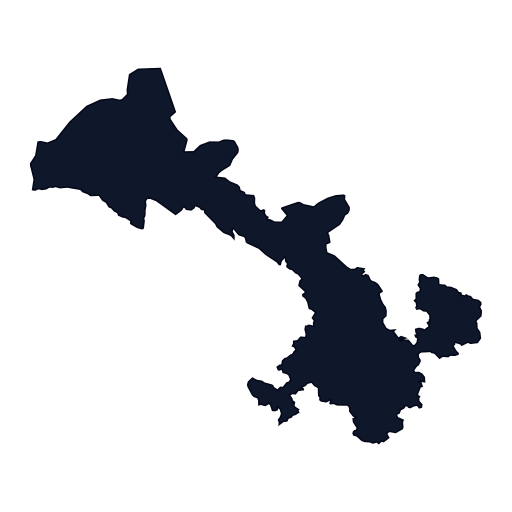 map outline of Gansu (Albers equal-area conic projection)
{"feature_id": "CHN-1150", "entity_name": "Gansu", "entity_type": "Province", "adm_level": 1, "iso_a3": "CHN", "parent_name": "China", "parent_adm1": "", "projection": "albers", "projection_center": [103.309, 37.691], "detail": "fine", "context": "isolated", "style": "filled", "palette": "ink", "viewbox_px": 512, "rotation_deg": 0, "n_neighbors": 0, "source": "natural_earth", "source_scale": "10m", "svg_char_len": 6099}
<svg xmlns="http://www.w3.org/2000/svg" viewBox="0 0 512 512"><path d="M138.2,69.3L160.3,68.5L175.3,111.9L170.0,116.5L169.8,119.0L177.1,130.1L186.8,138.9L186.9,140.3L183.7,152.0L193.8,151.8L200.3,145.6L209.6,142.1L218.9,142.2L223.6,140.3L226.4,140.1L233.1,140.8L234.5,141.8L237.8,147.8L238.1,150.4L237.6,152.5L232.3,159.2L229.7,165.3L221.4,170.5L218.7,172.8L215.7,177.2L224.9,178.2L229.3,181.8L237.4,185.2L239.2,187.2L240.0,190.6L244.3,192.5L245.1,194.9L253.6,195.7L254.5,197.9L254.4,203.2L255.2,206.1L260.0,210.6L261.6,210.9L263.2,209.9L264.5,210.4L264.3,213.2L265.9,216.1L267.9,217.3L267.1,218.8L267.4,219.5L270.0,219.9L274.7,222.2L281.8,222.3L287.5,215.5L281.8,208.6L282.0,208.0L297.9,202.6L299.6,202.6L303.5,204.8L313.9,207.0L318.7,203.1L327.9,198.3L335.9,195.8L343.6,195.2L344.6,195.7L344.4,199.5L349.1,207.4L349.1,209.9L347.6,213.1L344.7,215.0L342.5,220.0L339.5,224.3L327.3,232.6L328.7,235.7L329.8,242.3L325.8,244.0L325.8,247.7L326.8,252.8L334.2,255.8L346.6,267.1L350.6,269.6L355.2,269.3L357.2,267.7L364.1,268.9L363.1,270.2L364.3,271.8L361.7,273.8L361.9,275.2L363.8,276.0L365.6,274.6L368.2,275.7L370.1,280.0L371.5,281.3L375.1,282.6L377.7,284.5L381.9,290.8L382.0,291.4L379.3,293.1L379.1,294.6L380.6,299.8L382.9,304.4L385.2,307.3L386.1,311.0L385.9,315.8L382.8,318.6L382.6,322.5L386.0,328.5L389.9,330.5L394.7,330.0L393.6,331.1L393.8,332.3L398.0,337.8L398.9,338.0L401.1,336.6L405.3,338.1L400.1,339.4L399.7,340.1L400.1,340.9L403.1,340.0L408.3,340.4L412.5,345.4L414.4,345.8L416.9,343.1L417.6,340.4L417.7,337.9L415.8,336.9L415.2,335.2L418.0,334.7L416.1,332.6L415.7,329.3L419.2,328.4L423.1,329.3L424.3,330.3L429.5,326.3L427.4,322.7L430.1,321.1L429.3,320.1L430.1,319.0L429.9,315.2L426.4,310.8L424.0,311.0L420.0,308.6L416.7,309.1L416.0,307.6L416.8,305.9L416.4,302.6L414.5,300.6L416.2,299.1L416.2,293.4L417.6,292.2L419.5,292.1L420.5,289.6L420.4,288.3L418.2,284.9L419.9,282.1L419.3,279.8L419.8,275.7L420.5,274.9L422.8,274.7L427.9,278.1L433.8,277.3L437.3,278.1L438.5,279.1L438.8,284.8L445.0,285.3L446.5,287.1L450.8,287.4L456.4,289.7L458.4,292.5L460.9,293.1L461.2,295.2L464.7,296.1L466.4,294.9L467.4,295.9L470.5,296.6L472.8,299.4L478.2,300.4L480.7,302.5L480.8,304.5L479.4,306.9L481.3,310.9L480.9,315.9L475.7,320.9L476.8,323.6L476.9,328.3L479.7,332.4L480.4,338.3L477.3,342.5L470.4,343.3L468.7,342.3L467.0,342.5L461.7,345.2L460.6,343.8L454.7,342.1L454.5,344.3L452.8,345.7L455.6,350.7L458.2,353.5L457.9,354.3L454.8,355.3L450.2,355.1L448.1,356.6L442.5,356.2L439.6,358.2L434.7,353.1L431.6,352.4L430.6,351.4L420.7,351.9L418.1,354.0L418.4,357.6L420.1,360.2L419.9,361.6L418.3,364.8L416.4,366.1L413.4,370.4L415.0,372.7L418.6,372.4L421.9,374.1L424.3,377.3L424.6,381.8L420.9,381.2L419.2,381.7L420.9,382.6L422.1,386.3L420.2,387.0L417.4,394.2L417.8,395.7L419.5,396.6L418.5,398.1L418.9,401.4L421.8,404.6L421.4,407.2L419.3,407.8L417.9,405.7L416.8,405.3L413.8,405.7L410.2,407.6L408.6,407.2L407.5,405.7L405.1,405.8L403.9,407.9L400.3,409.9L399.1,413.1L396.8,414.0L396.6,415.6L397.6,417.7L403.1,420.1L402.3,422.4L402.8,427.0L402.3,428.7L395.6,432.5L389.9,431.4L387.8,432.1L386.7,434.1L388.7,437.7L383.6,441.6L381.3,441.0L378.8,443.5L376.8,441.9L372.8,443.0L370.1,441.8L364.5,441.4L361.8,440.3L357.1,436.0L353.8,435.0L353.1,433.4L353.5,431.9L354.5,430.8L356.5,430.3L357.3,427.8L353.6,422.1L353.1,418.9L356.3,417.5L353.4,416.0L349.8,411.4L349.7,407.8L348.8,406.0L347.3,405.0L337.4,404.9L333.7,403.4L330.3,403.7L330.0,403.0L331.1,400.0L330.6,399.6L326.0,401.8L321.1,400.9L319.9,399.8L320.1,397.2L318.7,395.6L318.5,387.7L314.6,385.5L311.7,382.1L307.2,383.2L305.5,385.2L301.9,387.1L301.5,387.9L303.3,389.0L303.3,389.7L298.0,390.4L295.4,393.8L292.5,393.5L289.3,394.9L292.1,399.2L291.5,400.2L293.9,401.9L292.8,402.8L294.4,402.8L293.8,405.4L294.7,407.1L298.5,409.6L297.7,410.2L298.5,412.3L297.7,412.1L297.9,412.6L295.6,414.3L292.6,415.2L291.1,417.2L288.2,418.1L286.8,421.0L283.4,421.3L279.2,424.5L279.4,422.3L278.5,419.9L280.5,417.1L281.6,413.7L280.4,409.2L277.8,407.0L277.2,409.7L275.1,410.6L272.5,410.4L270.8,405.2L269.2,403.2L265.1,405.5L260.7,404.2L258.9,404.8L258.8,400.4L257.8,397.7L254.2,396.5L252.4,394.7L248.0,386.4L247.7,384.5L248.5,381.9L252.5,378.1L256.2,380.3L262.0,381.4L264.0,383.0L271.4,385.0L272.6,385.6L273.6,387.7L277.6,390.2L280.4,387.3L283.1,387.6L286.9,382.8L288.9,382.4L290.8,379.6L288.9,374.8L286.6,373.3L283.2,372.5L281.9,368.7L279.5,370.0L278.3,369.7L277.2,367.1L280.0,365.1L281.8,365.3L282.6,360.8L284.9,358.6L287.2,358.0L290.5,355.2L292.6,354.5L294.3,351.6L295.9,350.3L295.9,349.2L294.2,346.6L292.5,346.0L293.7,343.8L293.7,341.3L297.5,340.8L300.7,337.2L305.7,337.6L306.3,334.2L305.1,329.2L305.7,326.2L307.1,326.4L308.3,325.4L309.7,325.4L313.8,326.4L313.6,322.8L314.5,320.7L312.4,317.9L315.7,312.5L311.5,309.1L309.3,308.5L307.9,302.3L305.8,298.2L302.9,295.9L302.9,294.4L305.2,293.1L305.3,291.4L299.0,285.5L300.1,280.7L301.6,279.6L301.7,278.0L298.1,273.8L295.9,272.9L292.0,269.3L290.0,269.0L287.1,266.9L286.9,265.7L287.9,263.9L285.9,261.4L285.1,257.0L284.3,257.2L281.1,261.2L280.3,264.6L279.2,264.6L277.2,261.9L265.9,254.4L259.0,248.2L247.4,242.8L246.4,241.9L245.6,238.2L244.5,236.5L238.9,234.7L233.7,228.5L232.7,228.5L232.0,231.8L233.9,235.2L233.9,238.6L231.7,236.0L229.5,234.6L223.9,232.5L217.2,226.8L215.6,223.6L204.9,212.7L204.5,209.8L201.5,209.4L200.0,207.4L196.2,205.8L195.0,205.8L193.7,208.1L191.0,209.9L186.5,209.3L184.9,207.3L183.3,206.8L181.4,210.0L175.6,214.4L156.5,200.6L150.4,198.2L146.9,198.4L145.2,201.2L145.8,205.3L144.9,210.2L144.9,214.6L144.4,216.8L143.5,217.8L144.1,221.0L143.3,227.5L142.9,228.5L141.9,228.7L137.4,227.4L131.5,224.1L130.7,223.2L131.0,220.9L125.4,217.3L122.8,217.0L118.6,215.1L117.7,212.6L114.3,210.9L111.6,207.8L109.2,206.9L106.1,202.1L102.9,200.4L99.2,195.2L90.5,195.5L88.2,193.7L82.9,191.7L80.5,189.3L67.2,187.0L60.0,187.7L55.5,186.4L52.9,187.2L49.4,186.9L46.3,188.7L42.2,189.4L38.2,188.6L35.1,190.1L32.6,189.7L34.2,179.3L30.7,165.4L30.7,163.5L35.8,155.6L38.1,142.0L40.7,141.7L47.5,143.2L55.9,139.7L69.7,122.3L86.8,106.4L100.4,100.2L112.3,98.8L119.8,100.4L122.3,99.7L127.6,94.3L127.3,89.7L129.6,74.6L138.2,69.3Z" fill="#0f172a" stroke="#020617" stroke-width="1.5"/></svg>